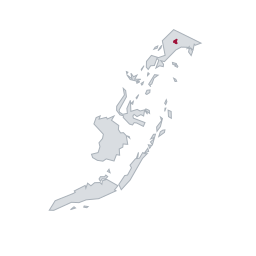 Jayawijaya, Papua, Indonesia (highlighted), rotated 296°
{"feature_id": "22746128B40741333574981", "entity_name": "Jayawijaya", "entity_type": "district", "adm_level": 2, "iso_a3": "IDN", "parent_name": "Indonesia", "parent_adm1": "Papua", "projection": "albers", "projection_center": [138.85, -4.123], "detail": "fine", "context": "in_parent", "style": "filled", "palette": "rose", "viewbox_px": 256, "rotation_deg": 296, "n_neighbors": 0, "source": "geoboundaries", "source_scale": "gbopen_adm2", "svg_char_len": 4553}
<svg xmlns="http://www.w3.org/2000/svg" viewBox="0 0 256 256"><g transform="rotate(296 128 128)"><path d="M88.4,106.7L92.8,111.9L98.9,111.0L102.0,108.4L107.4,109.7L111.6,108.6L116.7,95.6L123.4,94.8L126.7,97.7L123.3,98.1L128.2,104.0L127.0,105.4L132.7,110.2L127.7,109.8L126.2,118.6L122.4,120.0L120.3,123.5L121.8,125.9L120.4,129.8L113.2,134.9L111.5,130.6L108.5,131.7L105.3,129.3L99.9,132.4L99.0,129.3L92.2,129.9L90.7,122.0L87.2,120.0L85.5,114.6L85.9,109.2L88.4,106.7ZM19.6,93.3L30.7,94.4L45.4,107.7L47.2,108.8L47.9,107.3L57.6,114.7L55.4,116.5L60.7,115.9L59.8,120.0L64.2,122.0L66.7,126.8L65.9,129.2L69.3,128.1L72.5,131.4L71.7,144.2L66.4,143.0L66.3,144.8L51.6,132.6L45.1,121.9L39.4,116.6L36.4,109.7L21.5,97.4L19.6,93.3ZM236.4,125.9L236.3,156.4L231.8,152.1L232.3,150.8L226.6,152.3L227.5,149.2L226.0,147.7L226.5,147.4L227.4,147.6L228.0,147.4L225.3,146.2L226.5,145.8L224.0,140.3L219.1,136.8L203.6,131.6L202.9,128.0L200.9,132.0L198.6,132.8L197.8,129.2L194.1,126.8L202.3,126.0L203.3,123.5L195.7,124.3L193.9,121.1L189.5,120.5L190.7,117.8L196.0,115.4L203.5,117.2L204.6,124.5L209.6,129.5L221.5,120.6L236.4,125.9ZM160.6,109.5L155.3,112.9L140.3,112.1L138.5,113.4L138.0,117.3L140.9,121.0L145.1,118.4L153.9,118.0L144.2,123.3L148.7,128.1L148.6,131.4L151.6,135.0L145.6,136.8L145.7,133.7L142.2,131.1L142.9,127.5L141.0,127.1L139.2,128.5L140.3,140.9L136.2,141.1L136.3,133.6L135.5,131.2L132.7,130.7L132.2,127.6L135.4,119.0L137.0,118.7L136.3,115.1L138.8,110.1L142.6,108.3L156.1,110.3L161.6,106.3L160.6,109.5ZM73.2,144.5L83.8,145.9L85.5,148.2L93.7,148.6L95.5,146.1L103.6,148.2L105.9,151.5L112.4,152.0L112.4,154.8L113.4,156.5L107.1,154.4L82.1,152.7L69.6,149.0L73.2,144.5ZM174.0,110.0L178.5,106.6L176.5,110.5L179.5,112.9L174.8,112.6L177.4,118.1L173.9,115.1L172.5,108.7L175.3,103.7L174.0,110.0ZM176.4,127.4L187.6,128.5L188.7,131.9L184.2,129.5L178.0,130.1L176.1,128.8L175.1,130.4L176.4,127.4ZM151.6,154.8L143.4,156.5L137.7,155.5L141.4,153.3L149.4,154.9L152.1,152.4L151.6,154.8ZM128.1,153.2L133.5,153.7L134.5,155.4L123.7,157.3L125.3,154.3L129.1,155.9L130.4,155.2L128.1,153.2ZM161.6,156.2L161.8,159.5L155.7,162.7L156.0,159.4L161.6,156.2ZM72.2,124.6L73.9,128.3L76.0,128.7L75.4,131.1L72.2,130.0L71.1,127.1L68.0,126.5L69.5,124.3L72.2,124.6ZM225.0,152.5L220.8,153.0L222.9,149.1L226.1,148.3L227.1,149.8L225.0,152.5ZM138.7,158.7L141.3,160.2L142.5,162.0L140.0,162.7L133.8,159.4L138.7,158.7ZM170.2,128.5L171.9,131.1L169.4,132.0L166.4,130.2L166.5,128.7L170.2,128.5ZM112.7,153.7L118.5,154.7L116.0,156.8L112.7,153.7ZM121.8,153.6L122.7,156.8L119.3,156.4L121.8,153.6ZM82.6,129.0L79.9,131.5L80.0,128.5L82.6,129.0ZM206.4,139.2L207.1,143.2L205.8,143.4L204.7,140.5L206.4,139.2ZM110.7,148.1L106.4,149.5L104.5,148.8L110.7,148.1ZM153.0,135.7L153.1,139.4L150.6,141.0L151.5,136.0L153.0,135.7ZM29.4,112.1L33.5,114.0L33.1,115.9L29.4,112.1ZM39.9,126.6L38.3,125.9L37.5,122.9L38.7,122.8L39.9,126.6ZM191.3,151.3L190.4,149.9L192.8,147.2L192.7,149.6L191.3,151.3ZM186.5,114.2L191.1,115.1L185.9,114.8L186.5,114.2ZM158.6,122.0L162.8,123.0L158.2,123.0L158.6,122.0ZM151.1,137.5L148.9,139.4L150.8,136.1L151.1,137.5ZM210.1,116.7L212.5,117.0L214.8,118.8L212.6,119.2L210.1,116.7ZM170.2,150.0L168.7,151.4L165.6,151.6L166.4,150.1L170.2,150.0ZM206.3,143.9L205.3,145.8L204.2,145.8L204.3,142.8L206.3,143.9ZM176.1,121.7L173.4,122.1L172.6,121.5L173.7,120.2L176.1,121.7ZM210.6,121.1L214.0,121.4L217.2,122.1L214.1,122.5L210.6,121.1ZM151.4,119.9L154.3,121.1L151.4,121.8L151.4,119.9ZM178.1,103.5L176.2,103.2L178.0,101.8L178.1,103.5ZM159.0,153.7L162.1,152.6L162.5,153.3L159.0,153.7ZM186.5,121.8L186.0,123.4L183.6,122.6L184.8,122.1L186.5,121.8ZM120.8,132.8L119.6,134.0L120.5,130.4L120.8,132.8ZM173.3,115.5L174.8,117.8L174.3,118.1L172.1,116.4L173.3,115.5Z" fill="#d9dde1" stroke="#a8b0b8" stroke-width="1"/><path d="M227.0,132.0L226.9,132.0L226.9,131.9L226.7,131.9L226.6,131.7L226.7,131.4L226.4,131.3L226.2,131.3L226.1,131.5L225.9,131.5L225.9,131.4L225.7,131.4L225.4,131.4L225.3,131.5L225.5,131.7L225.8,131.7L225.8,131.9L225.9,132.0L225.7,132.1L225.6,132.3L225.5,132.5L225.4,132.8L225.3,133.0L225.5,133.0L225.9,133.2L225.8,133.3L225.5,133.5L225.4,133.7L225.3,133.9L225.3,134.0L225.2,134.2L225.2,134.3L225.3,134.4L225.3,134.5L225.5,134.7L225.8,134.6L225.8,134.4L225.8,134.2L225.8,133.9L226.2,133.7L226.4,133.6L226.5,133.6L226.8,133.5L227.0,133.4L227.3,133.3L227.5,133.3L227.6,133.2L227.9,133.2L228.0,133.1L228.3,133.1L228.5,133.0L228.8,133.0L228.8,132.9L228.7,132.7L228.4,132.6L228.1,132.4L227.8,132.5L227.6,132.5L227.4,132.6L227.2,132.5L227.2,132.4L227.1,132.2L227.0,132.0Z" fill="#f43f5e" stroke="#9f1239" stroke-width="1.5"/></g></svg>